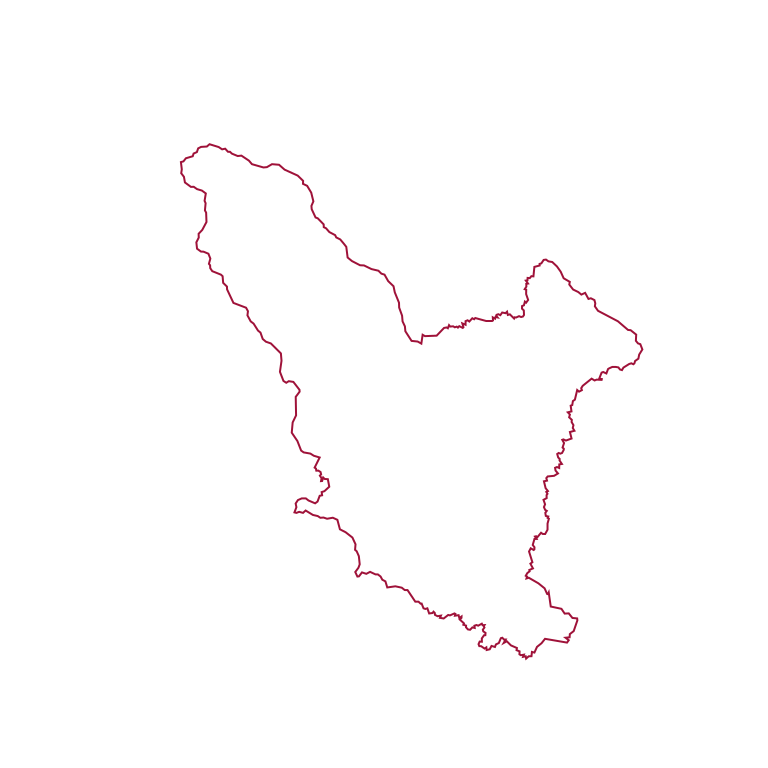 outline of Valdivia, Antioquia, Colombia, rotated 118°
{"feature_id": "7082276B28088679265990", "entity_name": "Valdivia", "entity_type": "district", "adm_level": 2, "iso_a3": "COL", "parent_name": "Colombia", "parent_adm1": "Antioquia", "projection": "mercator", "projection_center": [-75.403, 7.242], "detail": "fine", "context": "isolated", "style": "outline", "palette": "rose", "viewbox_px": 768, "rotation_deg": 118, "n_neighbors": 0, "source": "geoboundaries", "source_scale": "gbopen_adm2", "svg_char_len": 6166}
<svg xmlns="http://www.w3.org/2000/svg" viewBox="0 0 768 768"><g transform="rotate(118 384 384)"><path d="M220.7,191.5L221.7,193.9L218.8,206.9L218.9,229.4L216.4,234.3L213.6,235.3L211.1,237.6L211.2,241.6L212.9,243.4L209.1,249.2L212.4,251.7L211.6,255.6L211.8,261.4L209.2,267.1L206.6,267.9L206.3,275.0L201.9,280.7L199.0,286.5L197.3,292.7L198.5,296.4L198.1,299.4L199.5,301.3L203.6,301.7L204.9,303.0L206.3,302.2L210.0,306.2L218.8,302.6L219.6,304.5L222.1,305.0L222.9,307.0L225.1,306.0L226.1,307.3L227.7,304.0L228.8,305.4L231.2,304.0L234.2,304.3L234.0,302.7L237.9,300.7L242.1,296.2L245.5,296.7L245.1,298.3L248.8,297.4L250.4,298.7L252.7,297.5L253.4,295.1L257.3,292.8L259.2,293.0L260.5,294.4L260.7,296.6L263.3,298.6L263.8,300.0L265.1,299.9L263.4,305.6L264.9,307.1L262.4,309.3L264.4,309.9L265.4,313.2L268.6,313.6L268.7,315.8L270.1,317.1L271.0,317.0L271.9,315.0L272.5,317.0L274.2,316.6L274.1,319.2L276.7,317.6L277.6,318.1L280.4,323.3L282.9,334.4L284.5,334.8L284.5,336.9L288.8,338.0L288.5,340.1L290.2,341.5L293.4,339.8L293.7,343.3L296.6,340.5L297.5,340.8L297.6,344.7L299.5,345.2L299.2,346.7L300.7,348.1L300.6,350.0L302.2,352.5L301.5,354.2L304.8,353.8L304.7,355.3L306.3,357.3L316.6,360.2L322.5,370.3L322.4,373.0L330.8,370.0L330.7,374.2L333.0,379.9L327.4,389.9L323.3,392.6L320.0,397.0L315.2,400.1L309.4,406.5L305.2,408.9L298.0,417.5L293.2,421.5L291.2,428.6L287.2,434.9L287.8,438.1L286.6,442.1L288.4,449.0L288.7,457.3L290.4,460.9L290.5,470.0L289.4,475.5L280.6,481.7L279.0,485.3L276.9,490.5L277.0,495.0L275.5,497.0L275.5,503.6L273.7,508.3L273.8,510.8L271.4,512.2L268.8,520.3L269.1,522.6L263.6,529.9L260.8,531.7L255.9,532.1L249.2,538.1L245.1,544.9L245.3,549.5L242.6,550.8L240.5,558.0L241.4,572.4L239.7,579.6L242.5,586.1L247.5,589.2L249.4,592.1L251.9,603.8L250.2,608.1L249.3,617.1L251.4,620.2L252.0,626.4L251.3,629.0L252.2,630.8L250.8,634.7L252.8,637.1L252.4,641.2L254.2,650.6L257.5,651.9L260.5,656.8L263.2,658.7L267.1,658.1L269.9,660.3L272.7,659.8L277.7,664.9L281.6,665.6L283.4,667.5L289.4,663.3L293.1,662.0L295.0,657.9L299.5,654.4L300.6,647.0L299.2,644.6L299.7,640.6L298.7,635.6L299.4,630.8L306.5,628.4L308.1,626.4L314.8,623.6L316.2,621.5L324.3,616.8L333.3,616.8L338.4,618.2L341.7,616.3L347.0,616.2L352.3,612.6L353.0,607.8L351.9,605.5L351.4,600.2L354.8,596.2L360.1,595.0L360.8,593.3L363.3,591.8L365.0,588.6L364.0,579.3L364.6,577.1L370.2,573.5L371.7,568.4L374.1,567.0L383.1,555.0L381.4,541.6L383.6,538.3L387.5,536.8L391.3,531.1L391.9,527.5L396.0,520.3L396.6,517.2L401.2,512.2L402.1,508.1L401.3,502.9L405.4,489.4L411.6,485.4L422.1,481.6L428.5,474.2L428.8,470.9L426.2,469.4L424.7,465.0L428.8,455.9L430.4,454.9L436.8,455.9L453.0,446.9L460.8,446.6L470.3,442.6L475.0,433.7L481.7,425.9L482.1,422.8L480.0,416.3L480.3,412.3L479.1,406.3L490.4,406.0L490.6,404.4L492.3,403.1L491.3,401.3L491.5,398.7L493.3,397.1L495.0,397.6L496.5,394.9L499.3,394.0L498.7,393.1L495.1,393.8L495.7,391.8L494.4,388.9L500.4,384.1L506.6,386.3L508.7,388.3L511.3,386.4L512.9,388.3L519.0,387.5L521.7,388.8L522.3,396.0L521.7,399.3L523.6,402.9L526.9,405.5L531.0,405.9L533.9,403.5L539.4,402.8L538.9,400.8L536.7,398.9L535.8,395.0L532.5,393.8L533.0,385.3L531.7,380.5L532.0,377.4L530.3,374.7L529.7,371.0L526.1,366.4L525.8,361.4L533.0,354.7L532.9,348.3L534.4,339.8L538.9,333.9L544.0,331.7L544.5,329.6L547.8,325.4L554.6,320.8L558.3,320.3L563.5,321.1L566.5,317.1L565.6,315.8L560.7,315.0L559.9,310.5L556.4,308.1L556.1,302.1L555.0,300.1L555.6,296.6L557.6,293.6L557.6,290.1L562.1,285.6L557.3,279.0L555.5,272.7L556.2,269.0L554.9,266.5L561.5,254.2L560.0,251.3L560.8,248.5L560.2,247.7L563.5,243.8L563.2,241.9L561.7,240.4L565.4,236.4L563.4,233.6L561.8,233.4L562.3,231.7L563.9,230.6L563.9,227.7L561.8,225.0L564.2,224.8L563.0,221.2L557.8,218.9L557.3,217.1L553.5,214.1L553.5,213.0L555.3,212.6L553.1,209.6L555.3,207.6L552.9,206.4L554.1,205.8L556.4,206.5L557.8,201.0L559.3,200.9L558.8,198.1L560.3,197.4L561.3,194.7L560.6,192.6L557.4,191.7L556.8,189.4L555.0,190.7L553.4,189.2L553.2,187.4L549.7,185.1L550.7,183.7L549.7,182.1L551.0,182.2L551.9,181.0L554.5,181.4L555.8,180.2L556.1,177.5L558.2,176.6L558.9,177.7L562.7,178.2L565.6,176.6L566.5,178.6L569.3,178.4L570.7,176.8L569.9,175.1L570.4,171.0L568.5,170.0L570.7,168.5L568.6,166.1L564.8,166.1L564.1,162.6L561.4,162.9L558.8,161.0L553.6,161.5L552.5,160.4L553.3,158.1L552.5,156.6L556.4,156.7L553.5,154.8L555.2,149.2L554.7,142.7L556.8,142.0L556.4,138.8L559.1,137.5L559.2,135.8L557.3,133.4L559.6,133.1L557.9,131.1L559.7,129.6L556.5,128.4L555.1,126.0L551.1,127.6L550.5,125.1L544.3,125.5L538.9,123.2L533.4,122.2L526.4,101.0L523.5,100.6L522.8,104.6L520.5,101.2L517.6,102.5L513.1,100.5L501.9,102.3L500.3,103.4L502.1,107.8L499.8,113.2L501.9,116.7L499.2,121.8L502.2,132.3L490.7,140.7L492.6,140.6L492.8,141.4L489.0,146.3L487.5,154.1L487.1,165.2L488.8,166.9L486.9,167.3L486.8,168.8L483.7,168.7L481.0,167.5L480.0,168.4L476.9,165.9L473.9,170.4L471.7,169.3L463.8,177.3L460.2,177.3L460.3,173.9L459.4,173.6L457.5,174.5L456.3,177.1L450.2,178.4L449.2,176.6L447.8,179.1L447.0,178.2L447.5,176.7L441.6,175.5L441.9,173.5L440.8,171.3L435.9,171.2L430.4,174.1L425.5,175.2L425.4,176.7L423.9,176.8L424.5,179.2L422.0,181.1L419.6,180.7L419.5,182.6L417.6,185.0L414.6,185.3L411.4,188.8L408.4,186.8L405.8,188.3L404.2,188.1L403.1,190.0L401.6,189.0L400.1,192.4L394.8,197.1L392.8,194.7L390.9,196.5L388.8,196.1L385.2,190.7L381.3,188.4L379.9,191.9L377.7,193.6L376.1,192.3L375.9,189.9L372.7,191.5L371.1,189.4L369.1,193.1L367.7,193.7L367.1,195.7L364.5,198.2L362.9,197.4L362.7,195.6L361.3,194.4L357.8,194.4L356.7,194.9L356.3,196.5L351.6,197.3L349.6,200.4L348.7,199.6L348.5,196.8L344.1,192.8L339.1,197.3L335.9,193.9L334.2,196.7L331.4,197.4L329.5,200.5L327.5,201.3L326.5,204.9L323.7,205.5L322.7,208.4L320.2,205.6L315.5,209.0L314.2,207.9L310.4,209.2L308.2,208.1L298.6,210.6L299.2,208.2L296.5,206.4L295.1,207.9L292.3,207.7L281.8,203.2L282.0,199.7L280.3,198.3L278.2,193.8L277.4,194.0L278.2,196.5L271.8,197.2L270.5,196.1L270.3,192.6L265.6,193.2L264.4,192.5L261.7,190.4L260.1,187.3L259.3,184.8L260.4,182.5L260.0,180.4L257.1,180.3L251.2,176.9L249.6,175.3L249.5,173.1L248.2,172.6L245.8,173.1L242.2,171.3L238.2,172.5L232.2,172.1L228.5,176.4L228.9,178.8L227.6,181.9L222.0,184.5L220.7,191.5Z" fill="none" stroke="#9f1239" stroke-width="2"/></g></svg>